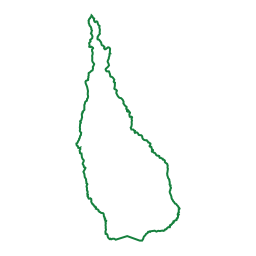 Brasnorte, Mato Grosso, Brazil (Natural Earth projection)
{"feature_id": "56859067B6755014531550", "entity_name": "Brasnorte", "entity_type": "district", "adm_level": 2, "iso_a3": "BRA", "parent_name": "Brazil", "parent_adm1": "Mato Grosso", "projection": "natural_earth1", "projection_center": [-58.045, -12.097], "detail": "fine", "context": "isolated", "style": "outline", "palette": "green", "viewbox_px": 256, "rotation_deg": 0, "n_neighbors": 0, "source": "geoboundaries", "source_scale": "gbopen_adm2", "svg_char_len": 5755}
<svg xmlns="http://www.w3.org/2000/svg" viewBox="0 0 256 256"><path d="M142.9,138.9L142.3,137.7L142.2,136.3L141.4,135.3L138.9,135.0L138.6,134.8L138.1,133.5L136.9,132.4L136.2,132.4L135.0,132.9L134.6,132.2L134.9,130.9L134.3,130.8L133.4,129.6L131.4,129.5L130.7,127.6L131.4,126.6L131.8,124.2L131.6,121.9L132.0,120.5L131.5,118.9L132.1,117.6L132.0,117.1L131.5,116.7L130.0,116.9L129.7,116.7L129.3,114.2L130.0,112.9L130.0,112.5L129.4,111.9L127.5,111.6L127.0,111.2L127.0,110.7L128.2,110.4L127.5,109.6L126.4,109.1L126.2,108.2L126.6,107.5L126.6,106.9L124.7,105.4L124.2,104.4L123.4,103.5L123.6,101.7L122.7,99.8L121.2,98.2L119.8,97.9L119.0,97.5L117.7,95.9L116.3,93.1L116.4,91.8L116.9,90.9L116.9,90.6L115.9,89.6L114.6,89.1L114.3,88.5L114.7,86.8L114.9,85.0L114.8,84.0L115.0,83.0L115.0,82.7L114.1,82.3L113.7,81.7L114.3,79.6L112.8,77.6L111.7,76.8L110.5,76.6L110.3,76.4L109.9,73.9L109.3,72.5L109.1,71.5L108.9,71.3L106.6,71.3L106.3,71.0L105.7,69.8L105.6,69.5L105.8,68.8L108.0,66.8L109.0,65.4L108.6,63.8L107.6,61.7L107.9,60.4L108.8,58.6L108.8,57.6L109.5,55.6L109.4,54.0L109.6,53.7L110.3,53.5L109.9,52.8L109.8,52.0L110.1,48.9L109.4,47.7L108.1,47.3L105.6,49.2L104.9,49.3L104.6,49.1L104.0,48.1L104.5,47.1L104.1,46.6L103.1,45.6L102.2,45.4L101.6,44.8L101.1,42.4L99.1,39.7L97.6,39.4L97.4,38.6L97.7,37.7L97.5,37.1L98.7,35.1L99.7,34.1L99.9,33.7L99.6,32.8L99.9,29.6L99.3,27.6L99.6,26.0L98.8,25.4L98.2,24.6L97.6,22.9L97.5,22.1L96.8,21.4L96.1,21.4L95.3,22.1L94.7,21.8L94.2,20.9L93.9,19.8L94.2,18.5L93.0,17.8L92.3,16.2L91.5,15.4L91.1,16.9L90.3,17.5L90.1,18.3L89.3,18.9L88.5,20.8L88.8,21.2L88.7,23.1L89.2,24.0L89.6,25.6L90.7,26.7L91.4,28.5L91.3,29.4L92.0,30.5L91.6,31.4L91.5,32.3L90.9,33.3L90.9,33.6L91.6,34.2L92.5,36.3L92.2,38.2L90.8,39.5L90.3,39.7L90.1,40.0L90.2,40.5L90.5,41.0L90.6,41.4L89.1,43.1L89.6,45.3L89.2,46.7L90.1,47.1L91.5,46.7L93.0,47.8L93.1,48.4L92.4,49.0L92.0,49.7L92.1,51.3L92.6,52.2L92.7,53.1L92.6,54.4L92.1,55.8L92.3,57.4L92.2,60.8L92.7,62.0L94.0,63.7L94.2,64.1L93.5,65.8L92.8,67.0L93.0,68.5L92.5,70.4L91.4,70.9L89.8,72.4L88.8,72.9L88.6,73.2L88.7,75.5L88.3,76.6L88.5,77.3L88.0,78.9L88.2,79.6L88.1,80.0L86.0,80.8L85.5,81.6L85.6,83.1L87.1,86.9L88.0,91.1L87.8,92.6L87.7,94.6L88.0,95.6L88.1,96.8L87.6,98.5L87.1,98.8L87.0,99.1L87.0,100.3L86.6,101.0L85.9,101.2L85.2,102.0L84.8,103.9L84.3,105.0L84.4,107.0L84.3,107.9L84.4,109.7L84.3,110.0L83.2,111.0L82.9,112.1L82.4,112.1L82.3,112.4L82.3,113.6L81.8,114.0L81.8,114.5L82.1,117.4L81.6,118.8L81.5,119.7L81.0,120.6L80.4,120.8L80.1,121.3L80.2,121.9L80.7,122.1L80.9,122.6L80.8,123.0L80.2,123.6L80.1,124.1L80.0,126.3L79.8,127.5L80.1,129.1L79.8,130.6L80.0,131.4L81.2,132.8L80.9,134.2L81.0,134.9L80.2,135.8L79.6,138.3L79.1,138.7L79.1,139.7L77.9,141.5L77.7,142.4L77.2,143.1L76.4,143.5L76.5,144.7L76.8,145.6L77.6,145.9L77.9,146.4L78.3,147.9L79.5,148.0L80.2,147.7L80.0,148.4L80.3,148.7L80.4,149.0L79.6,150.4L79.6,150.8L80.0,152.0L79.9,152.7L80.0,153.1L80.5,153.4L81.5,153.5L81.9,157.3L82.7,159.1L83.5,159.8L83.8,160.4L83.7,161.3L82.7,163.4L82.7,164.1L83.7,165.5L83.8,166.7L84.1,167.2L84.4,167.5L85.2,167.5L85.5,167.9L85.2,168.7L83.4,171.8L84.4,174.0L84.7,177.0L86.1,179.3L86.0,180.1L86.4,182.0L86.4,183.3L87.2,183.8L87.4,184.2L86.8,185.4L86.5,186.6L87.0,187.9L86.9,189.9L87.1,190.8L87.6,191.3L87.6,192.8L87.2,193.9L88.0,194.6L88.0,195.0L87.4,195.9L87.6,196.4L88.1,196.8L88.1,197.3L88.7,198.6L89.8,198.6L90.3,198.3L91.2,198.9L91.4,200.6L91.2,201.4L91.5,202.4L92.4,204.0L93.0,204.6L93.3,204.5L94.6,206.7L94.9,206.9L95.5,206.7L96.1,207.5L95.8,208.7L97.8,209.5L98.5,210.2L98.5,210.9L99.3,211.5L99.5,212.0L100.2,212.1L101.1,212.9L102.9,213.1L103.3,213.4L103.7,214.1L103.9,216.4L104.5,217.1L104.4,217.8L105.1,218.4L104.8,219.1L104.9,219.9L106.2,220.6L106.1,221.4L105.5,221.7L105.6,223.1L105.8,223.5L105.5,225.1L105.8,227.0L105.6,228.0L106.0,229.4L105.4,231.7L105.6,233.9L105.9,234.0L106.2,233.7L106.5,234.1L106.9,234.1L107.6,235.2L107.7,236.6L108.2,237.7L109.6,239.1L109.9,239.1L110.6,238.7L111.2,239.3L112.8,238.7L114.4,238.8L115.7,239.7L127.2,236.1L139.7,240.6L142.1,240.6L143.1,239.0L143.9,236.6L145.3,235.3L146.0,234.0L147.7,232.9L148.1,231.9L149.2,231.9L149.5,231.4L150.1,231.4L150.3,231.6L150.5,231.3L154.7,230.7L156.4,231.6L158.2,230.8L160.0,231.1L161.0,230.8L162.5,230.6L163.3,230.9L164.6,230.4L164.7,229.8L165.1,229.4L166.4,229.2L166.9,228.3L168.0,227.3L169.6,227.2L169.4,226.7L170.0,226.3L169.9,225.4L170.1,225.2L170.3,225.4L170.9,225.1L171.0,224.7L171.9,224.2L172.2,223.4L172.8,223.1L173.0,222.6L173.1,222.9L173.4,222.8L174.5,220.8L176.0,220.0L176.4,220.1L176.7,219.8L176.6,218.9L176.8,218.3L177.5,218.2L178.0,217.0L178.0,215.0L178.4,215.1L178.6,214.8L177.7,214.5L177.8,213.9L178.4,213.2L178.6,212.9L178.3,212.8L178.4,212.3L178.8,211.8L178.7,209.8L179.6,208.7L179.5,208.4L179.2,207.9L178.6,207.8L178.3,206.5L176.9,205.1L176.5,204.4L175.8,203.8L174.9,203.5L173.9,201.8L173.2,201.3L172.7,200.0L172.1,199.4L171.5,197.9L171.4,196.6L170.9,195.2L169.8,192.7L169.7,191.3L170.3,190.2L170.3,189.2L170.9,188.3L171.0,187.8L170.3,186.5L170.6,185.4L170.0,185.2L169.6,184.5L169.8,183.3L169.6,181.3L169.3,180.8L169.3,179.7L168.8,178.8L168.3,178.3L167.2,174.9L167.3,174.1L167.1,173.3L167.4,172.5L167.9,168.6L167.5,167.9L167.7,165.3L167.3,164.8L167.2,163.9L165.1,162.4L164.8,161.9L164.9,161.1L164.8,160.5L163.9,159.8L163.0,159.7L162.7,158.7L161.7,158.5L160.8,157.8L159.8,157.9L159.5,157.6L159.2,156.0L158.3,155.9L158.1,155.6L157.0,155.6L156.1,154.9L155.5,153.6L154.8,152.9L153.7,152.6L153.0,151.9L152.0,151.7L151.9,151.4L152.2,151.3L153.0,150.3L152.9,149.9L152.0,149.7L151.7,148.1L151.3,147.5L151.3,146.9L150.5,146.5L149.9,146.6L149.6,146.3L149.6,145.8L150.0,145.4L150.5,143.8L150.3,143.4L149.6,143.1L149.1,142.6L148.3,142.5L147.9,141.5L147.4,141.2L146.7,140.2L146.0,140.3L144.2,140.0L142.9,138.9Z" fill="none" stroke="#15803d" stroke-width="2"/></svg>